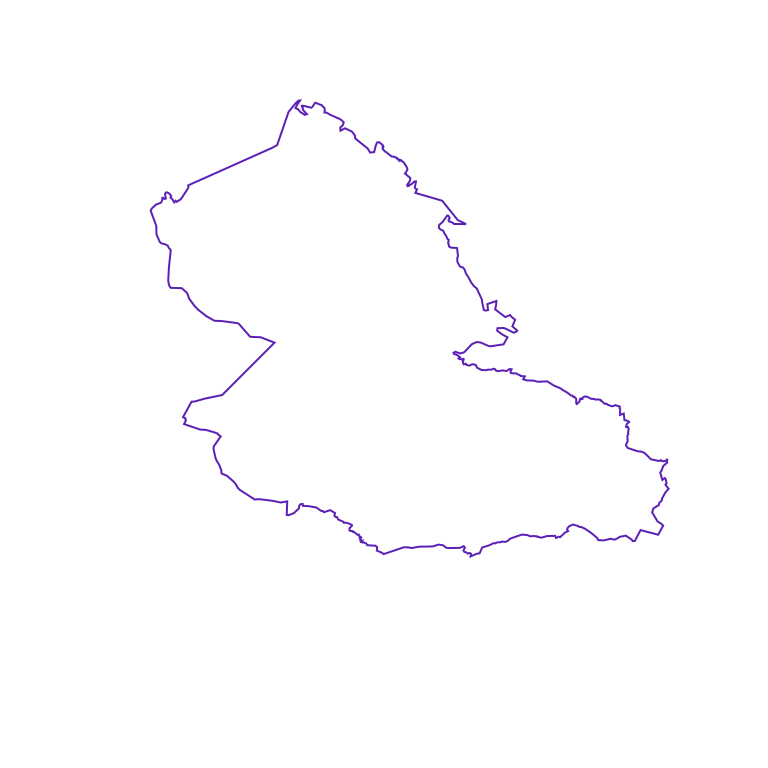 outline of Cotmeana, Arges, Romania, rotated 144°
{"feature_id": "2599482B54766849205701", "entity_name": "Cotmeana", "entity_type": "district", "adm_level": 2, "iso_a3": "ROU", "parent_name": "Romania", "parent_adm1": "Arges", "projection": "natural_earth1", "projection_center": [24.603, 44.996], "detail": "fine", "context": "isolated", "style": "outline", "palette": "violet", "viewbox_px": 768, "rotation_deg": 144, "n_neighbors": 0, "source": "geoboundaries", "source_scale": "gbopen_adm2", "svg_char_len": 6166}
<svg xmlns="http://www.w3.org/2000/svg" viewBox="0 0 768 768"><g transform="rotate(144 384 384)"><path d="M477.8,617.7L489.6,604.6L497.7,594.6L499.8,590.4L500.1,587.2L491.4,580.5L489.9,574.2L490.0,572.3L491.5,567.5L491.4,558.1L490.6,553.0L487.9,543.5L484.0,534.8L478.5,530.5L466.9,519.5L466.1,518.2L464.5,500.8L456.3,494.3L448.3,481.8L521.4,470.2L537.4,477.4L547.6,481.2L550.1,482.8L566.1,475.3L564.8,473.0L565.6,471.9L565.6,471.0L569.3,469.1L559.6,455.3L555.2,451.7L549.8,444.8L547.7,441.6L547.9,440.9L546.9,437.6L558.6,433.5L560.1,431.7L563.9,422.9L564.6,419.3L564.8,415.6L566.3,409.8L567.5,408.3L567.9,406.7L565.0,402.1L563.0,393.3L562.8,389.9L563.3,385.9L562.9,383.2L556.6,366.7L552.2,363.8L542.3,354.5L537.3,348.9L531.3,345.9L539.7,335.2L538.4,334.0L532.8,332.5L525.8,333.4L524.2,335.3L522.4,335.9L520.3,334.8L521.2,333.1L516.6,329.3L511.3,323.8L509.4,318.2L508.2,317.4L508.0,315.6L502.1,313.7L501.5,313.2L499.5,308.4L501.7,306.3L501.3,304.8L500.3,303.9L500.7,301.2L497.9,296.5L498.0,295.2L496.8,294.7L494.7,292.2L492.8,288.8L493.2,288.2L496.6,287.6L497.9,286.2L497.8,285.1L496.0,283.7L496.2,282.8L495.3,282.2L494.1,277.8L493.2,277.1L493.7,276.9L492.8,274.0L493.8,273.9L493.2,272.8L494.5,272.5L494.3,271.8L495.0,271.3L494.4,270.8L494.5,270.2L494.0,270.0L495.4,269.5L494.9,268.9L494.2,268.9L494.3,268.2L493.6,267.9L492.1,265.4L492.3,263.4L486.0,258.2L485.4,256.2L487.7,253.4L484.8,248.6L484.3,246.6L463.8,240.2L459.3,236.6L458.6,235.3L451.5,231.9L440.1,224.0L434.3,222.0L431.0,218.8L429.9,214.9L428.3,213.4L418.9,206.8L414.9,206.0L414.6,204.2L417.6,202.6L417.7,201.0L416.4,199.3L416.1,197.7L414.2,197.0L413.5,196.1L413.5,195.4L415.3,193.6L408.5,192.1L406.3,190.8L400.6,194.0L393.9,191.7L389.1,190.9L387.8,189.8L385.7,189.4L382.9,187.6L381.2,187.2L378.6,184.9L376.4,184.4L372.8,184.7L361.1,181.2L356.9,177.6L355.2,174.8L352.9,173.5L349.7,170.8L349.8,170.1L349.0,169.8L347.9,167.9L346.4,166.9L341.3,165.1L334.8,160.5L335.4,158.3L332.4,157.8L331.6,156.6L324.8,157.4L321.5,156.8L321.4,158.7L320.3,159.5L317.9,160.1L313.8,159.3L310.5,155.1L309.9,153.5L308.5,152.4L306.4,148.6L303.7,141.1L302.1,134.2L302.4,131.7L297.8,128.1L291.8,125.7L289.0,122.6L285.4,121.8L283.4,121.9L277.5,119.2L275.1,112.6L275.1,110.6L273.3,109.6L262.3,115.0L250.8,100.9L241.4,105.3L241.8,108.0L243.5,112.1L242.5,122.6L241.4,123.2L240.0,124.7L238.7,125.0L232.9,124.5L231.0,126.1L228.1,126.3L226.2,128.0L220.1,130.9L215.4,131.9L215.4,137.2L213.8,137.6L212.1,141.2L212.1,142.8L215.1,142.8L212.6,150.0L210.2,150.9L206.3,153.5L201.3,154.0L199.8,156.0L198.7,156.7L201.4,156.3L203.3,157.2L204.8,158.9L204.8,159.6L205.4,159.4L207.2,160.5L212.3,166.2L213.6,174.4L214.5,176.5L216.0,178.5L218.2,180.3L224.3,188.8L224.5,190.3L224.1,192.5L220.6,194.4L217.4,199.2L215.5,200.1L215.3,201.1L212.5,203.8L211.9,205.8L213.3,206.7L213.4,207.2L211.0,208.9L208.0,209.2L208.1,210.0L209.5,212.3L210.7,213.4L207.4,219.2L211.2,220.2L207.8,224.8L207.6,226.2L206.5,227.1L209.2,230.9L211.4,231.3L213.0,232.3L215.5,236.4L215.4,236.9L217.3,238.7L218.0,243.0L218.5,243.2L218.3,244.1L219.6,245.5L221.7,246.8L223.5,249.0L225.2,250.3L227.1,254.2L228.6,255.8L231.5,256.2L232.4,255.2L233.1,255.7L232.8,256.0L234.0,256.7L236.4,254.8L239.8,254.5L239.9,255.3L237.2,259.0L237.5,261.7L238.3,261.9L238.5,264.0L239.4,264.7L241.0,269.9L243.1,274.4L243.4,276.1L247.5,282.9L250.4,290.2L258.5,295.6L260.7,298.5L266.5,303.1L268.6,306.0L265.6,307.4L268.7,310.1L268.9,311.4L270.1,313.1L270.5,314.5L274.5,317.8L275.0,318.8L273.9,320.0L272.1,320.9L273.5,322.3L277.3,322.5L279.8,325.1L284.7,327.7L285.7,329.4L285.3,330.5L286.4,332.0L287.9,332.2L289.8,333.2L291.4,334.5L293.8,335.5L296.9,338.1L299.1,342.5L298.6,345.7L301.0,348.1L304.1,348.7L306.1,351.0L305.9,352.4L307.9,353.0L307.5,355.2L304.9,357.2L304.9,357.6L306.7,357.8L307.0,359.1L308.1,359.6L308.7,360.8L307.9,360.9L307.1,360.0L306.7,360.7L307.9,364.8L309.8,367.3L309.4,368.4L307.3,368.1L304.3,363.9L301.4,362.8L299.8,362.6L289.6,364.6L284.4,363.5L281.6,361.0L277.0,353.2L275.7,351.9L263.9,345.8L256.6,349.2L259.0,354.0L260.9,359.8L261.0,361.0L259.3,362.4L254.3,359.0L253.2,357.5L248.9,349.2L245.9,348.6L244.8,348.9L246.3,355.1L240.2,358.9L240.6,361.0L241.0,361.4L241.6,365.8L246.2,366.7L246.7,367.3L250.2,379.1L247.2,381.7L244.3,385.1L253.4,387.9L256.4,382.6L258.5,383.6L259.7,385.1L256.7,392.2L255.1,394.9L252.8,406.9L253.7,409.9L253.8,414.9L252.9,421.5L252.7,425.4L251.5,429.2L251.7,432.0L253.5,434.3L252.9,439.4L251.1,442.4L248.8,444.2L245.0,451.1L249.7,455.0L250.6,457.1L249.5,459.0L249.5,460.1L246.9,462.5L247.4,463.7L246.6,467.7L246.7,470.3L246.0,472.9L247.6,476.3L247.8,478.0L246.7,479.5L245.5,480.3L241.5,480.6L233.9,483.1L233.1,482.6L233.2,479.7L235.6,478.7L235.8,477.2L234.8,476.2L233.6,473.9L233.3,472.3L223.6,465.1L228.0,473.3L229.2,498.1L246.3,520.1L242.9,522.1L243.8,524.0L243.5,525.0L239.0,529.1L240.2,530.0L244.5,529.5L245.9,530.1L247.0,529.6L248.6,530.2L248.3,531.4L243.9,533.0L241.8,534.8L241.6,535.3L242.9,539.7L242.6,540.7L243.4,541.9L239.2,543.5L238.3,545.2L237.9,547.7L238.0,550.2L237.6,551.0L238.8,554.9L239.9,555.3L239.2,555.7L240.2,556.5L240.0,557.1L241.0,557.9L240.6,559.1L241.1,559.6L241.0,560.2L242.0,561.1L242.1,561.8L244.1,563.5L246.0,570.4L246.5,571.3L246.9,575.2L245.0,576.2L244.9,576.9L245.4,577.2L244.6,578.3L245.8,582.4L247.6,583.5L250.7,581.6L255.7,577.4L259.2,579.4L258.8,584.2L262.9,599.4L261.5,602.1L261.5,606.8L265.2,613.8L270.3,614.5L268.5,617.3L265.4,617.5L262.7,619.4L263.7,623.8L269.2,633.3L271.0,637.4L272.6,638.6L270.2,641.4L269.9,642.5L270.6,644.8L270.3,645.8L274.3,652.0L279.5,650.2L280.5,650.3L285.7,656.5L286.9,657.3L287.3,656.9L287.2,655.5L288.4,653.7L287.8,647.6L290.2,648.5L290.2,649.5L291.7,652.6L292.1,656.9L293.4,659.3L289.2,661.4L285.3,662.7L286.6,663.5L290.8,663.0L301.3,660.2L330.0,640.1L336.2,640.9L425.6,659.8L426.4,658.3L428.1,657.3L439.7,652.9L444.6,653.2L444.8,654.7L447.0,654.2L446.6,657.9L447.2,660.3L445.7,661.1L445.6,664.0L447.0,666.7L448.1,667.1L449.6,666.3L451.5,662.3L452.8,662.6L453.3,664.5L453.9,664.9L455.7,662.8L457.8,661.8L463.4,663.2L468.9,662.4L470.9,661.4L475.3,645.7L480.1,638.8L481.9,630.7L481.5,628.7L479.4,626.3L477.6,623.0L478.1,621.1L477.8,617.7Z" fill="none" stroke="#5b21b6" stroke-width="2"/></g></svg>